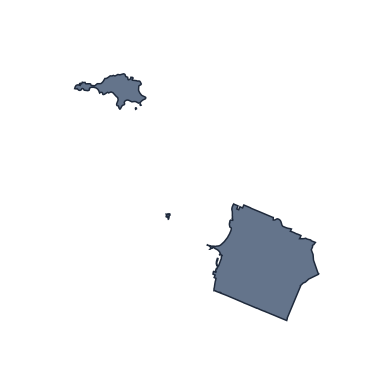 Cockburn, Western Australia, Australia (Equal Earth projection), rotated 23°
{"feature_id": "25037944B92381930700505", "entity_name": "Cockburn", "entity_type": "district", "adm_level": 2, "iso_a3": "AUS", "parent_name": "Australia", "parent_adm1": "Western Australia", "projection": "equal_earth", "projection_center": [115.746, -32.084], "detail": "fine", "context": "isolated", "style": "filled", "palette": "slate", "viewbox_px": 384, "rotation_deg": 23, "n_neighbors": 0, "source": "geoboundaries", "source_scale": "gbopen_adm2", "svg_char_len": 5567}
<svg xmlns="http://www.w3.org/2000/svg" viewBox="0 0 384 384"><g transform="rotate(23 192 192)"><path d="M340.6,218.3L340.5,217.9L340.5,217.6L339.9,217.5L339.5,217.2L330.5,207.3L327.9,202.3L324.4,198.6L324.4,195.3L323.8,194.2L323.9,193.8L324.6,193.0L325.3,190.2L320.8,190.3L320.1,189.8L319.6,189.8L316.9,190.3L315.2,190.3L314.8,190.1L313.4,191.1L312.0,191.8L309.2,193.0L309.2,192.5L309.4,192.4L309.4,191.2L309.3,189.5L305.4,189.5L304.7,189.7L301.7,189.5L298.4,189.6L297.9,189.7L298.0,187.2L297.0,187.3L294.5,187.9L293.6,188.0L292.3,188.1L289.0,188.1L288.4,187.8L287.7,187.3L287.3,186.8L285.6,184.7L284.9,184.1L284.4,183.7L283.9,183.5L282.7,183.2L281.8,183.2L281.3,183.3L280.9,183.4L280.3,184.0L279.6,184.9L279.2,185.3L278.8,185.6L277.7,186.0L277.5,185.5L276.8,183.7L276.5,183.8L262.9,183.8L253.7,183.9L252.1,183.8L251.9,183.7L244.8,183.7L244.8,184.2L244.8,186.9L242.2,186.9L241.9,186.8L241.9,190.1L239.8,190.1L239.8,186.8L235.3,186.8L235.1,186.7L234.9,187.4L234.9,188.3L234.9,189.2L234.9,190.0L235.0,190.9L235.2,191.7L235.5,192.5L236.3,193.7L236.7,194.2L237.5,195.9L238.2,197.6L238.5,198.4L238.7,198.5L239.3,199.9L239.2,200.1L239.2,200.4L239.4,200.8L240.0,201.0L240.3,201.5L240.5,202.2L238.5,202.8L238.2,203.5L238.4,204.6L238.9,205.5L238.6,205.9L239.2,207.5L240.3,209.1L240.9,209.6L241.9,209.6L242.4,210.1L242.6,210.7L242.9,212.0L242.9,213.1L242.9,215.2L242.9,216.0L242.6,218.4L242.5,219.9L241.7,222.9L241.2,224.9L239.8,228.1L239.4,228.9L239.1,229.6L238.6,230.3L237.5,231.3L236.0,232.1L235.6,232.3L234.7,233.1L234.4,233.0L233.4,233.3L231.8,233.9L231.5,234.1L230.6,234.4L229.9,234.3L228.7,234.6L227.7,234.7L226.8,234.6L226.8,234.9L226.8,235.0L227.1,235.0L227.3,234.9L227.7,234.8L228.8,234.9L229.1,235.0L229.9,235.3L230.7,235.6L231.2,236.0L231.5,236.4L231.3,236.8L231.0,237.3L230.9,237.6L231.1,237.5L231.5,236.8L231.7,236.3L231.8,236.3L232.6,235.9L232.9,235.0L233.2,234.9L233.4,234.7L234.5,234.8L235.0,235.0L235.1,234.9L235.8,235.1L236.9,235.1L238.3,235.3L239.9,235.9L241.0,236.5L241.6,237.1L242.0,237.5L241.8,238.9L241.9,239.0L242.0,238.9L242.6,239.6L242.0,238.7L242.1,238.0L242.2,237.9L242.3,237.8L242.5,237.9L242.5,238.1L243.7,238.5L243.8,238.7L244.1,238.5L244.4,238.6L244.6,238.8L244.2,239.2L244.1,239.4L245.1,242.2L245.0,242.9L245.2,247.2L245.3,249.6L245.0,249.7L245.0,249.8L244.4,249.8L243.9,249.6L242.7,248.1L242.2,246.3L242.3,244.9L241.9,243.1L241.3,243.2L241.3,243.6L241.6,246.2L242.3,248.4L243.6,250.1L244.3,250.4L245.0,250.4L245.0,251.4L244.9,252.2L244.9,252.9L244.9,253.1L244.7,253.1L244.4,253.0L244.4,253.4L244.3,253.5L244.5,255.4L244.8,255.4L245.3,256.0L245.3,256.6L243.0,256.6L242.9,256.7L242.9,257.4L243.4,259.4L245.8,259.4L245.8,262.1L247.8,262.1L248.3,264.5L248.4,265.4L248.9,267.5L249.5,269.9L249.8,270.8L250.0,272.2L250.2,272.9L250.3,273.0L250.4,273.3L250.6,273.7L250.7,274.2L251.1,274.0L251.7,274.0L252.2,274.0L252.3,273.8L253.3,274.0L256.1,273.9L256.6,273.8L256.9,273.8L256.9,273.5L257.3,273.5L257.3,273.4L257.8,273.4L257.8,273.9L263.0,273.7L282.5,273.7L282.9,273.8L286.9,273.7L287.1,273.7L296.9,273.7L297.0,273.5L300.6,273.6L303.0,273.6L305.6,273.5L305.7,273.4L305.8,273.5L329.4,273.3L329.2,271.4L328.9,270.7L328.7,236.1L328.4,235.9L329.9,232.4L330.2,232.0L331.2,231.1L331.7,230.4L331.9,230.0L332.2,229.2L332.7,228.3L333.2,227.0L333.3,226.7L340.6,218.3ZM101.7,115.5L101.7,114.9L103.0,113.2L103.1,112.4L101.7,111.1L100.8,110.5L99.9,110.5L98.5,111.2L97.4,111.2L93.4,112.4L92.9,111.9L93.3,110.4L92.9,109.8L92.0,109.8L90.9,110.3L91.2,111.3L91.0,112.3L89.7,113.5L89.2,113.5L87.9,111.5L85.9,111.6L84.5,110.1L83.8,109.8L82.7,110.0L79.9,112.3L77.8,112.8L76.1,115.0L75.3,115.4L74.0,115.4L73.1,116.4L71.3,117.1L69.9,119.5L68.7,121.0L67.5,121.5L67.0,125.1L66.1,127.4L65.3,128.1L62.5,129.3L61.0,132.2L57.7,133.2L57.1,133.0L56.6,132.3L55.8,132.2L52.2,133.8L51.7,133.8L50.7,132.9L49.4,133.6L48.1,133.8L48.1,135.5L46.8,135.5L46.2,136.1L46.6,136.8L47.4,137.1L47.4,137.6L45.3,137.8L44.4,138.4L43.7,139.2L43.4,140.7L43.6,142.7L45.2,142.4L45.8,141.7L47.8,142.5L49.1,142.3L50.0,141.4L50.3,139.8L50.8,139.5L51.7,139.5L53.0,140.4L56.6,139.4L57.6,138.3L57.2,136.7L57.7,135.6L58.7,134.8L60.8,134.0L62.9,133.7L64.9,134.1L66.6,135.2L68.3,137.0L69.0,135.9L70.1,135.5L70.8,135.7L71.7,136.9L72.2,137.0L73.2,136.3L75.2,133.3L75.8,133.2L76.5,133.4L78.4,131.5L80.4,131.5L85.1,133.7L86.7,134.1L88.1,136.2L88.2,140.2L88.5,141.1L89.1,141.7L90.6,141.6L92.2,143.4L93.2,143.9L93.6,143.5L93.9,140.2L94.4,139.2L95.5,138.1L95.6,137.3L94.6,135.9L94.6,135.3L94.9,134.2L95.7,133.2L96.6,132.6L97.9,132.3L101.5,132.5L103.4,131.3L105.0,130.8L108.1,131.1L109.3,130.1L110.0,128.0L111.0,126.3L112.7,124.4L112.7,123.4L112.2,122.9L108.2,122.7L107.7,122.6L107.4,122.5L107.1,122.2L106.4,121.9L105.5,121.4L104.4,120.5L103.9,120.1L103.0,119.1L101.7,115.5ZM179.6,221.2L179.6,221.4L179.0,221.7L179.1,221.8L178.9,221.9L178.7,221.9L178.6,222.0L178.2,221.7L177.9,222.0L177.7,222.2L177.8,222.3L177.7,222.4L177.4,222.3L176.9,222.5L177.2,222.8L177.2,223.0L177.3,223.1L177.5,223.2L177.7,223.7L177.8,223.7L178.0,223.7L178.2,223.8L178.2,224.0L177.7,224.5L177.9,224.9L178.2,225.0L178.6,224.6L179.2,224.8L179.5,224.6L179.6,224.4L180.0,224.7L180.0,225.0L180.3,225.4L180.4,225.9L180.8,226.3L181.0,226.0L180.9,225.2L180.8,224.7L180.8,224.4L180.5,223.9L180.5,223.5L180.3,222.7L180.2,222.2L180.2,221.9L180.3,221.8L180.6,221.9L180.8,221.7L180.6,221.5L179.9,221.1L179.9,220.9L179.5,221.0L179.6,221.2ZM107.8,137.9L108.4,137.1L108.0,136.5L107.5,136.4L107.2,136.6L107.3,137.3L107.8,137.9ZM110.7,132.4L111.2,132.0L110.2,131.2L110.0,131.7L110.3,132.2L110.7,132.4Z" fill="#64748b" stroke="#1e293b" stroke-width="1.5"/></g></svg>